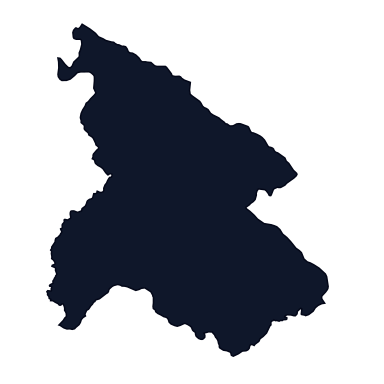 Bac Yen, Son La, Vietnam (Mercator projection), rotated 183°
{"feature_id": "81297802B44532488811780", "entity_name": "Bac Yen", "entity_type": "district", "adm_level": 2, "iso_a3": "VNM", "parent_name": "Vietnam", "parent_adm1": "Son La", "projection": "mercator", "projection_center": [104.438, 21.222], "detail": "fine", "context": "isolated", "style": "filled", "palette": "ink", "viewbox_px": 384, "rotation_deg": 183, "n_neighbors": 0, "source": "geoboundaries", "source_scale": "gbopen_adm2", "svg_char_len": 5904}
<svg xmlns="http://www.w3.org/2000/svg" viewBox="0 0 384 384"><g transform="rotate(183 192 192)"><path d="M317.9,52.2L316.7,51.9L313.0,49.7L309.8,48.7L306.8,49.0L304.4,48.6L302.1,49.3L301.0,50.7L297.9,53.6L296.7,55.8L295.9,58.8L294.2,61.0L291.9,62.6L292.6,64.3L291.1,68.3L289.1,69.6L287.0,73.2L285.6,74.7L284.6,76.7L283.2,77.6L283.0,78.6L282.0,79.4L278.9,80.5L272.4,86.1L271.0,87.0L270.3,88.1L270.0,89.9L269.4,91.0L267.0,93.4L265.3,94.5L261.7,95.7L260.2,95.6L258.4,95.2L257.0,94.4L254.5,94.5L251.6,94.0L243.0,90.8L239.8,91.9L237.5,93.2L234.1,93.8L227.8,90.2L225.8,86.9L225.7,86.1L225.0,84.8L224.7,79.1L224.9,75.7L224.5,73.6L222.3,72.1L222.0,70.6L219.7,68.9L216.8,67.7L213.5,66.0L211.7,65.7L210.0,64.9L208.9,63.3L208.0,60.8L206.0,59.1L202.2,57.7L199.7,57.2L196.9,58.2L192.7,60.4L191.5,60.3L189.2,59.4L187.0,58.2L185.5,57.0L184.2,54.2L183.3,53.3L181.3,52.0L180.9,49.7L180.2,48.1L177.7,46.1L175.6,45.4L174.1,45.4L173.4,45.7L171.7,47.4L171.6,49.0L172.0,50.4L172.8,51.6L168.0,53.3L164.2,53.2L163.8,52.3L162.0,50.6L160.8,48.2L159.7,47.2L158.3,45.0L157.5,42.0L156.7,40.6L156.6,38.6L156.0,37.7L152.4,35.7L148.8,35.3L145.4,34.1L144.9,33.6L144.1,31.0L142.2,30.2L137.2,32.9L133.4,35.8L129.7,36.3L127.9,37.3L126.8,38.7L126.2,41.7L125.3,42.7L123.8,42.8L121.9,42.0L121.0,43.4L117.4,46.4L116.4,49.0L113.4,51.5L110.2,55.1L107.2,62.4L106.2,63.4L106.4,65.5L106.2,66.7L105.5,67.4L104.5,67.7L103.6,68.7L102.1,67.9L100.6,68.1L98.2,67.6L96.6,68.5L95.3,68.3L93.9,69.3L91.5,69.5L90.7,70.1L90.7,71.4L91.0,71.6L92.6,71.7L92.9,71.9L92.9,72.6L91.6,73.9L90.5,74.4L86.6,74.4L83.9,73.8L82.4,73.8L81.0,75.3L80.6,76.7L80.7,78.0L80.3,78.9L79.5,79.2L78.8,80.4L77.7,81.0L77.3,81.6L76.2,81.0L76.5,75.8L76.2,75.4L72.7,74.9L72.1,74.5L69.1,75.7L64.8,79.3L62.8,82.9L60.1,85.4L56.6,87.3L53.7,87.9L56.5,91.6L57.0,92.8L57.0,94.6L56.5,95.4L53.4,99.1L51.9,101.4L51.3,102.7L51.1,104.8L53.1,114.5L54.5,117.1L61.1,122.6L66.6,125.7L70.3,127.4L73.2,128.2L76.7,131.0L79.6,137.2L81.8,139.1L85.3,141.3L90.9,147.6L94.9,151.5L99.3,154.7L102.3,159.1L105.5,161.7L108.1,162.6L111.2,163.4L118.4,164.2L125.2,168.4L128.6,171.9L133.2,175.7L136.9,178.2L137.5,179.5L133.8,182.4L133.1,183.5L130.3,185.7L128.6,187.8L127.6,192.3L127.8,194.1L127.1,196.6L125.8,198.6L119.3,198.1L117.9,197.1L115.7,194.5L114.8,192.8L114.2,192.5L113.2,192.5L112.7,193.3L111.0,198.5L110.1,199.7L106.8,201.3L105.6,201.0L103.7,201.2L99.6,203.7L98.0,205.7L91.0,211.3L88.8,213.6L88.1,215.1L88.5,216.1L91.9,219.0L96.9,225.7L99.5,227.7L101.0,230.8L108.4,235.5L110.5,236.1L111.5,236.9L112.5,238.2L112.7,239.0L113.8,240.0L115.4,240.6L117.7,241.0L118.7,242.0L122.3,247.6L124.8,250.0L126.9,251.4L130.4,253.0L133.9,254.2L135.6,254.3L136.8,255.7L138.9,259.7L139.6,260.3L147.0,262.6L148.7,262.7L151.0,262.3L153.7,260.6L155.0,260.1L157.7,259.9L160.6,261.8L162.2,261.8L163.2,263.1L167.3,265.9L168.9,267.3L174.9,269.9L177.6,271.5L180.3,275.1L182.0,276.1L184.4,277.0L186.0,278.3L187.8,281.3L189.1,282.9L196.7,287.8L199.0,289.6L199.8,293.6L199.4,301.4L205.5,303.3L208.3,305.0L209.4,306.3L210.8,306.9L214.9,306.5L218.0,307.0L218.7,308.8L219.6,310.0L224.0,315.2L225.2,316.0L233.8,315.6L235.9,316.1L239.8,319.2L243.4,319.3L245.3,319.6L248.5,319.4L250.0,320.4L252.0,323.1L255.2,325.8L258.6,327.5L261.5,327.7L263.0,328.8L264.3,331.6L265.9,333.6L267.9,334.0L269.5,333.8L272.6,335.1L274.4,335.2L276.8,336.4L278.0,337.4L280.5,337.6L286.0,338.8L288.8,340.3L293.6,342.1L296.7,345.4L302.5,349.4L310.5,353.8L312.3,350.6L313.4,349.5L314.0,349.2L315.1,349.2L316.4,349.8L316.9,349.6L318.7,347.3L319.3,345.0L318.6,340.4L317.9,339.2L315.7,338.5L311.8,338.7L310.6,338.2L310.3,337.4L309.7,333.8L310.8,328.2L311.9,325.0L311.6,322.6L311.8,320.9L316.8,315.6L318.2,311.6L319.9,309.7L320.7,309.6L322.4,310.0L325.5,312.8L329.4,317.3L330.8,318.6L332.9,318.8L332.0,315.0L331.5,309.0L332.0,302.5L331.5,300.1L329.7,297.7L327.8,296.6L323.2,296.9L319.5,298.4L315.4,302.2L312.8,305.2L309.8,306.1L300.9,306.7L298.7,305.6L296.3,303.6L295.6,302.4L295.4,300.4L295.3,297.6L295.5,290.5L293.1,285.8L294.9,283.3L298.0,279.9L300.2,276.8L302.3,275.1L303.2,272.2L305.4,268.3L306.8,264.7L307.3,260.9L307.3,260.2L306.4,257.7L306.3,255.5L303.4,253.3L302.9,252.3L302.9,249.4L301.8,248.0L298.7,245.7L297.9,243.5L295.0,242.0L293.4,240.5L290.8,235.7L290.3,234.0L288.0,232.3L287.5,231.4L287.7,230.3L289.2,228.9L292.4,224.7L292.7,223.5L292.6,221.9L293.3,220.0L291.8,219.4L290.9,218.5L290.2,216.1L289.6,215.3L287.3,213.6L284.5,212.3L282.2,210.7L279.1,206.7L277.0,204.7L276.3,204.9L275.3,205.9L274.5,206.1L272.8,205.5L272.6,204.7L273.2,202.6L274.9,202.3L275.6,201.4L276.8,199.1L277.8,196.4L279.2,194.5L280.3,191.2L280.1,189.1L280.6,187.8L281.7,187.0L283.1,186.8L284.1,186.8L286.4,187.8L286.8,187.8L287.0,185.9L288.2,185.3L290.0,185.2L290.8,181.2L291.2,180.5L292.8,179.6L294.0,179.3L295.7,177.9L296.2,177.2L296.9,174.4L297.8,172.3L300.9,169.7L301.3,167.4L304.8,165.8L305.7,165.8L308.9,166.9L311.0,166.8L312.1,166.3L312.5,164.7L312.4,163.2L311.8,160.7L311.9,159.4L314.8,157.5L317.5,158.0L318.1,157.7L318.2,156.9L317.9,155.3L319.8,152.9L319.9,151.6L319.6,149.6L320.0,149.0L321.3,148.4L321.2,147.9L320.1,145.9L319.9,145.0L321.0,143.5L321.2,142.6L323.5,139.8L325.6,138.5L326.0,136.9L326.1,134.9L329.2,129.7L329.1,128.3L330.1,126.6L329.0,125.5L329.2,123.2L328.4,119.5L328.7,118.4L328.6,118.1L327.0,117.0L325.4,115.0L324.9,113.4L325.5,112.5L327.7,111.5L328.0,110.5L324.6,109.3L324.2,108.6L324.2,106.6L322.6,102.8L323.8,101.0L324.0,99.8L324.8,98.8L325.3,97.2L326.1,96.1L326.2,95.1L325.9,93.6L328.8,92.0L329.4,91.0L329.2,90.5L327.4,90.3L327.1,89.9L327.1,89.3L327.6,87.8L327.2,86.2L327.8,85.7L330.9,85.9L331.7,84.9L330.8,83.2L330.9,81.8L329.4,80.1L329.0,78.2L327.4,77.5L327.5,76.1L325.9,76.2L324.7,75.9L322.9,74.8L320.4,73.7L319.5,73.2L319.0,72.4L318.0,72.0L317.1,72.2L316.0,73.4L315.3,73.6L314.9,73.4L313.9,71.9L313.4,70.5L313.1,69.5L313.0,67.1L311.9,65.6L311.2,64.1L310.9,61.1L312.5,59.4L313.7,57.1L317.9,52.2Z" fill="#0f172a" stroke="#020617" stroke-width="1.5"/></g></svg>